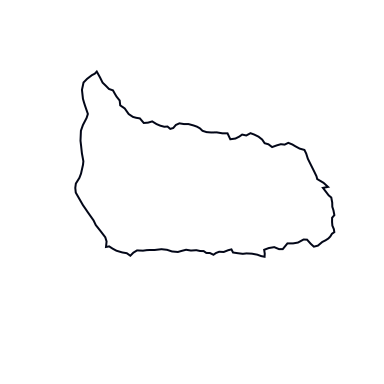 Populina, São Paulo, Brazil, rotated 296°
{"feature_id": "56859067B62148910321477", "entity_name": "Populina", "entity_type": "district", "adm_level": 2, "iso_a3": "BRA", "parent_name": "Brazil", "parent_adm1": "São Paulo", "projection": "natural_earth1", "projection_center": [-50.511, -19.908], "detail": "fine", "context": "isolated", "style": "outline", "palette": "ink", "viewbox_px": 384, "rotation_deg": 296, "n_neighbors": 0, "source": "geoboundaries", "source_scale": "gbopen_adm2", "svg_char_len": 2124}
<svg xmlns="http://www.w3.org/2000/svg" viewBox="0 0 384 384"><g transform="rotate(296 192 192)"><path d="M104.9,138.8L106.8,141.4L106.3,145.4L106.1,149.8L107.1,155.8L108.4,160.2L107.7,164.5L111.8,165.9L115.4,168.2L117.8,173.7L119.9,176.8L121.5,179.7L123.6,184.0L127.2,189.6L129.1,194.9L129.8,200.1L131.9,205.6L134.6,208.6L137.5,212.0L138.9,216.7L141.6,221.4L142.5,225.1L144.0,228.4L143.5,231.6L145.0,234.8L145.0,238.8L147.7,240.3L150.2,242.6L152.0,246.8L155.6,250.1L157.7,252.6L155.6,255.4L157.1,260.1L158.7,264.8L160.7,267.9L162.8,272.8L164.3,278.2L164.7,282.2L165.6,285.6L168.5,284.4L171.7,282.2L175.3,285.6L178.5,290.1L178.8,295.3L180.4,298.6L187.6,300.3L190.2,305.5L193.0,309.4L198.2,313.1L199.6,316.3L197.5,321.4L196.3,325.5L199.0,328.7L204.2,331.0L207.1,333.2L209.9,334.9L212.6,335.8L215.8,336.1L218.3,337.5L220.8,335.8L223.3,332.9L226.5,331.0L230.3,329.2L233.6,330.1L237.5,327.2L240.2,324.6L243.9,322.7L248.1,319.6L248.9,316.3L253.1,307.9L256.2,312.0L257.9,306.3L258.5,298.9L260.7,297.0L263.7,293.2L270.3,284.6L272.7,281.5L276.6,277.8L279.1,274.6L278.2,269.7L278.4,264.7L278.7,261.4L278.4,257.0L275.2,254.5L273.9,250.9L271.2,247.9L267.5,244.3L268.4,239.8L267.7,235.9L269.9,232.1L270.9,227.5L270.9,222.7L270.5,218.8L266.6,216.0L265.6,211.9L262.5,210.2L259.1,207.6L256.2,203.3L260.3,198.2L258.1,193.7L256.4,188.0L254.0,183.4L252.2,178.8L251.6,174.6L252.7,171.2L252.9,167.8L252.5,164.3L251.5,159.0L249.5,154.9L248.2,150.6L245.2,148.1L241.3,147.1L239.2,144.8L240.1,141.3L238.5,138.5L237.7,134.4L237.5,130.3L238.0,125.3L235.0,122.0L232.9,118.4L235.3,112.9L234.2,109.2L233.6,106.0L234.3,100.9L237.6,94.9L238.4,89.5L242.5,86.9L244.7,82.3L246.4,79.7L248.7,76.4L248.2,72.2L249.6,68.3L251.1,63.7L254.5,59.3L258.5,53.6L255.8,52.8L253.1,50.8L247.7,48.1L242.9,46.5L235.6,48.3L228.0,53.1L225.1,55.7L222.7,58.0L216.5,64.2L212.3,64.8L204.4,64.6L198.4,65.3L189.2,69.3L185.0,72.0L178.5,76.1L172.0,80.9L168.7,82.1L159.8,84.2L155.3,84.6L148.7,83.9L144.5,85.3L140.5,87.8L132.4,99.7L130.1,103.8L128.3,106.9L123.3,116.0L120.1,120.0L116.9,126.7L113.3,133.9L110.1,136.9L104.9,138.8Z" fill="none" stroke="#020617" stroke-width="2"/></g></svg>